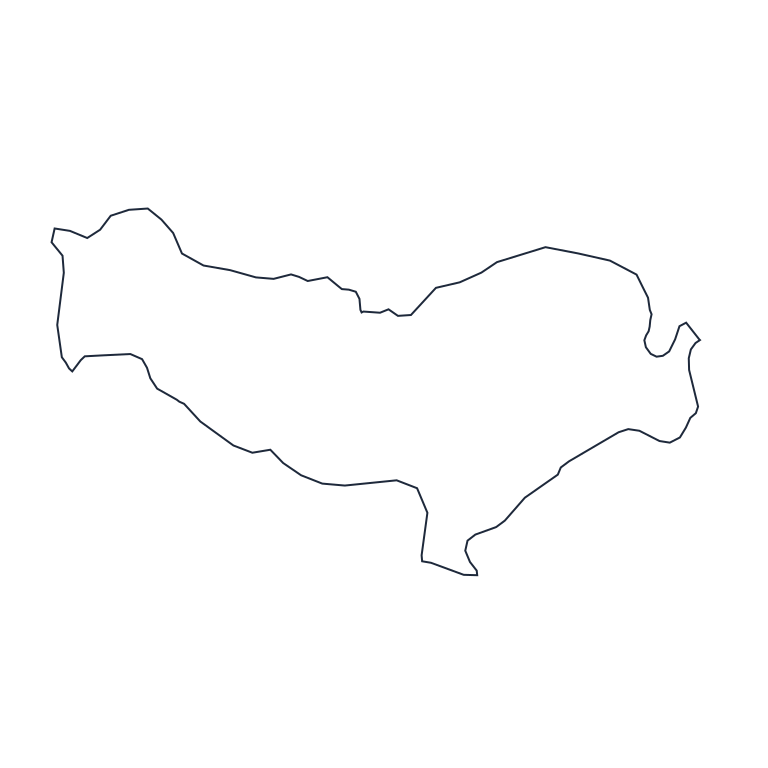 outline of Vientiane [prefecture], rotated 354°
{"feature_id": "LAO-3283", "entity_name": "Vientiane [prefecture]", "entity_type": "Prefecture", "adm_level": 1, "iso_a3": "LAO", "parent_name": "Laos", "parent_adm1": "", "projection": "albers", "projection_center": [102.591, 18.122], "detail": "fine", "context": "isolated", "style": "outline", "palette": "slate", "viewbox_px": 768, "rotation_deg": 354, "n_neighbors": 0, "source": "natural_earth", "source_scale": "10m", "svg_char_len": 1581}
<svg xmlns="http://www.w3.org/2000/svg" viewBox="0 0 768 768"><g transform="rotate(354 384 384)"><path d="M106.8,326.1L89.3,325.2L84.9,328.6L75.3,338.9L75.1,338.7L72.4,335.6L69.8,329.5L66.4,323.7L65.2,291.1L77.2,239.9L77.7,222.8L68.2,208.3L72.7,194.9L87.7,198.9L104.1,207.8L117.8,200.9L129.8,188.1L148.5,184.1L167.4,184.8L179.8,197.2L190.1,211.8L196.7,233.1L216.9,247.3L242.9,254.7L267.8,264.6L285.2,267.9L303.0,265.3L310.7,268.6L318.9,273.6L338.9,271.9L349.0,282.2L352.0,285.2L358.9,286.5L365.6,289.3L368.5,296.8L368.3,307.8L369.2,310.5L371.1,309.8L387.5,312.7L396.3,310.2L405.0,317.7L418.0,318.2L445.7,293.8L469.9,290.8L492.5,283.4L509.1,274.6L558.9,264.8L590.9,274.5L621.6,284.9L646.6,301.6L651.5,314.9L655.6,325.8L656.1,338.1L657.4,342.6L655.5,348.3L654.2,354.7L652.7,359.2L649.8,363.0L647.5,367.7L648.3,374.8L652.4,381.9L657.9,385.3L664.3,385.1L671.0,381.4L678.2,370.0L683.9,357.4L690.9,354.6L702.2,372.6L702.8,373.3L698.1,375.8L692.8,381.7L689.8,390.2L688.9,401.9L694.0,439.3L691.1,445.6L685.1,449.7L679.7,458.9L672.7,468.1L662.1,472.2L652.0,469.5L633.1,457.2L622.2,454.4L612.3,456.5L560.0,480.2L551.1,485.5L547.4,492.3L512.2,511.8L489.9,532.5L480.6,538.0L459.1,543.3L450.7,548.5L447.4,558.3L450.9,570.0L456.7,579.3L456.7,583.9L443.3,582.1L412.0,566.7L403.4,564.3L403.5,558.3L413.7,516.6L406.0,491.1L386.5,481.1L334.4,480.9L312.2,476.6L292.0,466.1L275.5,452.1L264.1,437.5L245.9,438.6L227.8,429.4L197.4,402.1L183.1,382.8L178.6,380.2L176.3,378.0L157.9,364.9L152.2,353.9L150.0,343.1L146.0,334.0L134.9,327.7L106.8,326.1Z" fill="none" stroke="#1e293b" stroke-width="2"/></g></svg>